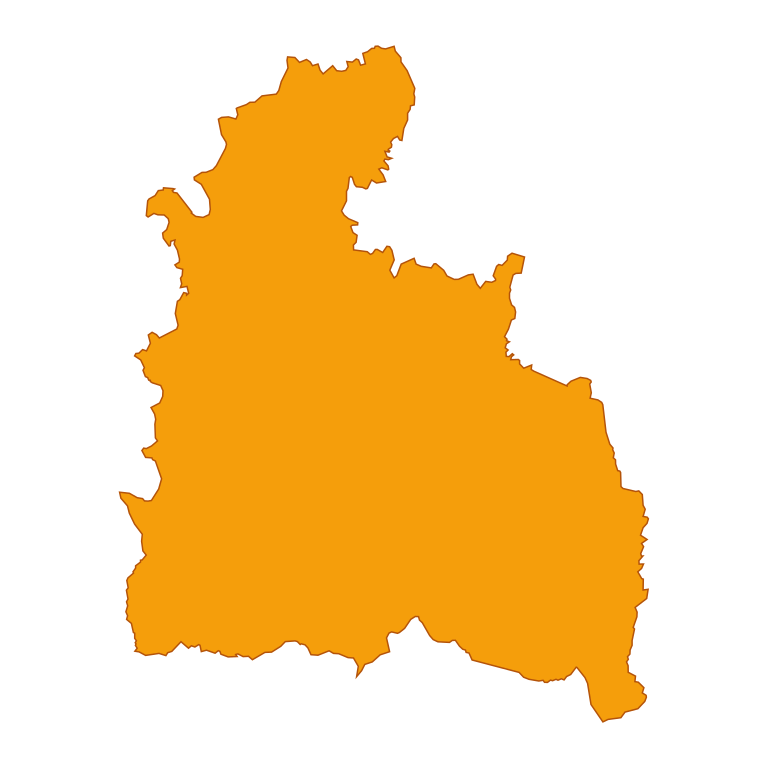 San Pedro Yeloixtlahuaca, Puebla, Mexico
{"feature_id": "50627088B18760877714878", "entity_name": "San Pedro Yeloixtlahuaca", "entity_type": "district", "adm_level": 2, "iso_a3": "MEX", "parent_name": "Mexico", "parent_adm1": "Puebla", "projection": "mercator", "projection_center": [-98.049, 18.052], "detail": "fine", "context": "isolated", "style": "filled", "palette": "amber", "viewbox_px": 768, "rotation_deg": 0, "n_neighbors": 0, "source": "geoboundaries", "source_scale": "gbopen_adm2", "svg_char_len": 6078}
<svg xmlns="http://www.w3.org/2000/svg" viewBox="0 0 768 768"><path d="M547.5,682.4L550.5,680.1L552.6,680.7L556.0,679.3L558.0,680.2L561.3,678.8L564.1,679.9L566.6,676.5L570.7,674.5L576.2,667.2L577.0,667.5L585.0,677.6L587.6,683.4L591.0,704.5L602.9,721.9L608.1,719.4L620.9,717.7L625.0,712.1L637.9,708.7L644.8,701.4L646.4,697.2L646.1,695.3L642.3,692.9L643.9,687.7L638.3,682.2L634.9,681.6L635.5,676.1L628.2,672.3L628.1,665.7L626.5,661.9L628.3,659.3L627.5,656.7L629.9,654.1L630.1,650.0L632.1,645.3L632.1,640.5L634.5,629.0L633.2,627.4L636.9,616.8L637.1,612.1L635.1,607.4L646.7,598.5L648.1,589.3L643.1,590.0L643.3,579.1L641.7,578.6L637.8,571.8L641.6,568.4L643.5,564.0L639.1,564.1L638.9,560.7L642.9,556.0L641.5,556.1L640.7,553.6L643.6,546.7L641.5,543.4L647.1,539.5L640.5,535.2L643.1,527.7L647.0,523.4L648.4,518.8L647.2,517.2L643.1,516.4L645.2,509.2L643.1,505.3L642.3,494.5L638.8,490.9L635.8,491.5L623.0,488.5L621.0,486.6L620.6,472.5L619.8,471.1L617.7,470.6L615.6,464.1L615.5,459.8L613.3,457.8L614.2,453.0L612.7,449.8L613.0,448.0L609.8,444.2L606.0,432.2L602.8,404.7L601.7,402.4L597.9,399.9L590.1,398.2L591.3,392.8L589.7,384.0L591.2,382.0L590.7,380.4L587.1,378.5L580.3,377.4L571.0,381.2L567.2,384.7L567.1,386.0L533.9,371.2L531.2,369.5L531.7,365.0L523.7,368.2L519.6,363.9L519.6,360.5L518.3,359.5L510.7,359.7L511.5,356.7L513.7,354.9L512.3,353.7L509.0,356.6L506.3,356.4L505.9,352.2L508.1,350.0L505.2,347.8L506.4,343.8L509.4,341.8L506.5,340.7L507.0,339.2L504.5,336.7L508.4,329.2L511.4,320.0L514.8,318.5L515.6,312.0L514.5,307.4L511.6,304.9L509.5,298.3L509.5,293.1L510.7,290.0L509.8,287.2L513.1,275.0L515.8,273.4L521.2,273.1L524.5,257.0L512.0,253.2L507.6,256.2L507.3,260.1L502.1,265.4L498.7,264.5L496.6,266.3L493.2,275.8L495.6,279.1L495.5,280.5L491.7,282.3L485.7,281.4L480.3,288.3L476.9,284.2L473.1,274.2L468.3,274.9L458.4,279.3L454.2,279.4L447.0,276.0L443.7,270.3L435.8,263.7L434.0,263.9L431.3,267.9L421.2,266.3L416.1,264.1L414.1,258.3L401.2,264.1L396.8,275.7L394.1,277.9L389.8,270.2L394.2,259.9L391.9,250.3L389.6,246.7L386.9,246.3L382.7,252.5L377.2,249.4L375.4,249.5L372.6,253.4L370.4,254.4L367.2,251.7L353.6,249.9L353.4,245.0L356.1,242.3L357.1,235.3L353.0,232.6L350.7,226.5L352.2,225.2L357.6,224.9L357.8,222.7L348.5,218.7L344.2,215.2L341.5,210.9L346.5,200.8L346.5,191.3L348.0,188.3L349.3,177.6L350.6,176.5L352.3,177.4L354.5,184.3L356.4,186.7L362.4,187.3L365.8,188.9L367.4,188.4L371.6,180.0L376.5,183.0L385.7,181.5L383.1,174.9L378.8,169.1L381.8,167.8L387.8,169.9L388.7,169.2L388.1,165.9L383.9,160.9L384.9,159.1L388.3,159.7L391.7,158.3L387.1,156.9L384.9,151.3L389.1,152.1L389.8,151.1L388.1,150.2L388.4,149.2L391.4,147.2L391.8,144.7L390.6,142.1L393.5,138.5L397.5,136.4L399.7,140.0L401.9,140.5L403.8,128.4L407.6,120.0L407.6,113.2L410.1,109.4L410.5,105.8L414.2,104.9L414.7,97.0L413.8,93.9L414.8,88.4L407.1,70.6L401.0,61.9L400.9,57.7L395.3,51.1L394.1,46.3L385.6,48.9L381.6,48.3L378.0,46.1L375.2,46.3L374.4,48.3L371.7,48.4L367.6,51.7L362.8,53.4L365.4,63.9L360.6,65.2L358.5,59.9L356.2,59.0L352.4,62.1L346.8,61.5L348.2,66.7L345.8,70.4L341.7,71.3L336.7,70.7L332.7,65.7L323.1,73.9L320.1,70.2L318.0,64.0L312.5,65.7L310.2,62.0L306.5,59.5L299.5,62.4L294.9,57.5L287.6,56.9L287.0,60.4L288.0,68.0L281.3,81.6L278.8,90.5L276.3,94.1L262.0,95.9L254.8,102.2L249.9,102.3L246.4,104.6L237.2,107.9L236.3,108.5L237.8,114.8L235.9,119.0L228.5,116.9L221.6,117.4L218.4,119.2L221.5,134.6L225.9,141.9L226.5,144.4L225.4,148.5L216.4,165.6L212.9,169.6L206.1,172.3L202.0,172.4L194.1,177.2L194.4,179.9L201.3,184.3L209.5,199.2L210.3,209.5L209.1,214.6L203.1,217.4L195.7,216.4L191.3,213.1L191.9,212.2L177.0,193.0L173.5,192.4L172.3,190.7L174.6,189.0L173.2,188.6L163.5,187.8L163.2,190.0L158.3,190.6L155.1,195.6L149.1,198.9L147.7,200.8L146.3,215.6L148.1,217.0L153.9,213.4L157.8,214.8L164.2,215.0L168.2,218.6L169.1,222.3L166.7,229.6L162.6,233.1L163.3,238.2L169.0,246.0L170.3,245.6L170.8,241.3L175.0,240.0L174.1,244.0L177.4,250.1L179.5,259.0L179.3,262.1L174.9,264.9L176.9,267.6L182.7,269.3L182.2,275.6L180.5,278.3L181.7,283.8L180.4,287.6L187.0,286.4L188.7,293.3L186.6,295.1L186.6,293.3L183.7,292.6L179.8,299.7L177.4,301.3L175.3,313.5L178.1,325.2L176.8,329.0L159.3,338.0L156.5,334.7L152.1,332.3L148.3,335.0L150.4,343.2L146.5,350.9L142.6,349.6L138.9,353.2L135.9,353.5L134.6,355.9L140.7,359.9L144.4,367.7L143.0,370.3L145.4,376.6L147.7,377.6L148.7,380.1L150.3,380.3L150.3,381.5L152.3,382.8L160.7,385.5L163.0,390.7L162.7,396.4L159.7,403.0L151.0,407.5L154.6,414.0L155.7,419.3L154.9,424.2L155.4,437.9L157.5,440.9L151.5,446.0L146.3,448.6L143.7,448.1L141.9,450.5L145.6,457.4L151.9,457.9L152.6,459.6L155.4,461.0L161.6,478.8L158.7,489.0L151.4,500.5L148.1,501.1L144.5,500.9L142.6,498.6L137.2,497.7L129.4,493.3L119.6,492.2L120.9,498.2L127.5,505.9L129.3,513.1L134.6,524.1L142.3,534.3L141.6,541.2L142.9,550.9L146.2,555.1L142.2,559.9L140.5,560.2L140.5,562.1L135.6,565.8L135.6,568.1L133.0,571.8L133.5,573.1L128.0,577.8L126.8,580.5L128.2,587.8L126.4,590.2L128.0,599.0L126.5,601.8L127.7,605.8L125.9,611.8L127.6,615.7L126.6,619.4L131.4,623.4L133.4,632.5L134.7,633.2L134.7,638.3L136.4,640.8L135.2,642.7L136.0,643.9L135.4,645.4L137.2,648.2L134.9,651.2L139.1,651.9L145.6,655.4L159.0,653.4L165.9,655.6L167.7,652.7L171.8,651.4L181.0,641.7L188.5,648.2L191.4,645.8L194.9,647.0L198.8,644.6L200.0,645.3L201.3,651.6L206.5,650.2L215.1,653.2L218.3,650.7L219.9,651.4L220.9,654.2L228.1,656.9L237.1,656.5L235.7,654.5L237.9,653.9L243.1,656.6L248.5,656.3L252.4,659.7L264.9,652.4L271.6,652.1L280.8,646.3L285.3,641.6L295.1,640.9L297.4,641.6L300.2,644.5L301.2,643.8L305.0,644.8L307.9,647.9L311.0,654.7L318.0,655.2L329.1,650.8L333.5,653.4L338.7,653.7L348.0,657.6L353.5,658.0L358.3,666.3L356.6,676.7L361.6,670.7L364.8,664.4L372.3,661.9L380.2,654.8L389.6,651.7L386.5,637.9L389.0,633.1L391.6,631.9L397.5,633.3L399.4,632.5L404.6,628.4L410.7,619.4L415.2,616.5L418.5,616.6L419.5,620.1L422.3,622.7L429.7,635.6L433.2,639.6L437.9,641.8L449.5,642.4L452.3,640.4L455.4,640.3L459.5,646.2L462.7,649.2L465.5,650.1L466.1,652.4L469.0,653.0L472.1,660.0L519.1,672.4L523.6,677.2L529.0,679.3L538.8,681.0L543.1,680.3L544.5,682.3L547.5,682.4Z" fill="#f59e0b" stroke="#b45309" stroke-width="1.5"/></svg>